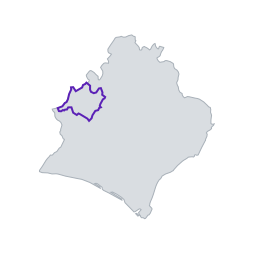 location of Dix-Huit Montagnes within Ivory Coast, rotated 35°
{"feature_id": "CIV-3441", "entity_name": "Dix-Huit Montagnes", "entity_type": "Department", "adm_level": 1, "iso_a3": "CIV", "parent_name": "Ivory Coast", "parent_adm1": "", "projection": "robinson", "projection_center": [-7.745, 7.377], "detail": "coarse", "context": "in_parent", "style": "outline", "palette": "violet", "viewbox_px": 256, "rotation_deg": 35, "n_neighbors": 0, "source": "natural_earth", "source_scale": "10m", "svg_char_len": 4032}
<svg xmlns="http://www.w3.org/2000/svg" viewBox="0 0 256 256"><g transform="rotate(35 128 128)"><path d="M69.8,56.8L70.5,56.7L72.4,56.1L74.0,54.7L75.6,51.9L77.7,49.6L80.0,49.7L80.7,49.3L81.6,49.2L82.6,50.7L83.6,51.9L84.3,51.9L84.8,54.1L89.1,55.0L90.9,55.6L92.5,57.2L93.0,57.3L93.7,56.9L94.2,56.4L94.3,55.8L93.6,54.3L93.9,53.0L94.6,51.9L95.7,51.8L97.4,51.5L99.3,51.5L100.8,51.7L101.3,50.5L100.8,47.3L100.9,45.5L101.2,44.0L101.7,43.3L103.8,45.2L105.8,45.9L107.2,46.0L107.6,45.6L107.0,43.6L107.1,42.9L107.7,42.6L108.6,42.4L111.1,41.5L111.3,41.7L111.8,44.9L111.6,46.0L112.1,48.2L112.8,50.3L112.7,51.1L112.2,52.4L111.6,53.6L111.6,54.1L112.6,54.9L114.5,55.7L116.5,55.9L117.6,54.7L118.7,53.7L119.5,52.8L119.8,51.5L121.0,50.6L124.6,49.4L127.9,49.2L128.7,49.6L130.2,51.4L132.0,52.6L134.9,52.5L137.0,53.2L138.8,54.6L140.0,57.7L141.3,59.9L141.9,63.1L144.0,64.7L145.6,65.5L147.8,67.8L150.1,68.9L152.5,68.7L153.6,69.9L155.4,70.7L157.1,70.8L158.7,68.1L160.7,67.1L165.9,65.0L168.0,64.0L170.1,63.4L175.1,63.2L179.7,63.9L182.0,64.4L183.6,64.0L185.1,65.3L186.7,67.9L187.9,68.7L189.2,69.7L190.2,71.7L191.3,73.8L191.9,74.7L193.3,76.7L194.5,76.8L195.7,75.9L196.2,75.2L196.5,76.6L196.0,78.8L196.1,80.1L196.8,80.6L196.4,82.4L195.0,85.3L195.0,87.1L196.4,87.6L197.4,89.5L198.0,92.7L198.6,93.7L198.6,94.4L199.6,102.1L200.9,109.8L200.1,110.8L199.0,111.1L198.3,111.4L198.1,112.2L198.6,113.2L198.3,114.2L197.0,114.8L194.1,117.3L193.9,118.3L193.1,120.4L192.5,121.6L191.6,124.0L190.1,130.3L189.5,135.4L189.5,137.0L188.9,138.1L188.2,139.8L185.1,144.2L183.5,147.8L183.7,149.4L183.8,151.0L183.3,152.1L183.4,155.2L183.8,157.8L184.4,160.3L186.7,167.4L187.9,171.7L188.6,175.2L189.3,177.6L189.9,178.5L190.1,179.4L193.5,180.1L194.2,180.6L195.1,185.1L195.0,187.2L194.3,188.0L194.3,189.7L194.2,191.9L193.7,192.7L191.8,192.8L190.5,193.7L188.8,193.3L188.7,192.8L187.7,192.6L185.2,191.4L185.6,187.4L184.5,187.3L183.6,187.8L181.8,192.5L181.0,193.3L168.4,190.9L165.7,188.9L162.5,188.5L156.8,188.7L152.1,189.3L150.8,190.5L162.6,189.8L163.8,189.9L164.4,190.6L149.5,192.2L143.8,193.1L142.1,192.9L140.8,191.4L134.6,191.2L133.4,191.7L132.6,192.8L135.0,192.5L138.9,192.5L139.9,193.3L127.9,194.5L119.5,196.6L116.0,198.2L104.3,203.3L97.2,205.8L95.4,206.7L92.1,209.2L88.0,210.8L83.3,213.8L80.5,214.5L79.8,213.5L79.8,208.5L79.4,201.7L79.5,199.1L79.9,196.7L79.9,194.7L81.3,193.9L81.7,193.1L81.9,190.5L83.2,188.1L83.2,183.9L83.6,183.0L83.9,181.9L83.4,179.2L82.6,174.0L82.3,173.7L81.9,173.9L81.2,174.0L78.3,172.2L76.0,171.9L74.4,170.4L74.3,168.7L73.6,167.7L73.0,165.7L72.2,163.4L70.0,162.0L67.9,161.6L66.4,161.9L64.7,161.8L62.7,161.1L61.3,160.2L60.0,158.5L58.8,157.2L57.8,157.4L56.7,157.0L55.5,156.4L55.1,156.0L60.0,150.6L61.6,148.0L61.8,146.4L61.8,144.8L62.3,143.1L62.5,140.6L59.8,131.4L59.1,128.6L58.4,127.7L58.0,127.4L59.3,126.3L61.2,126.6L64.0,127.5L64.7,126.6L66.8,121.9L66.8,120.2L66.5,119.0L67.8,115.9L68.8,114.6L69.3,113.3L69.2,111.5L68.4,110.8L67.4,111.0L66.2,110.5L64.4,109.5L63.5,108.6L63.7,104.4L63.9,103.1L64.6,102.3L65.6,102.1L68.4,102.0L70.7,102.5L72.7,102.8L73.8,102.8L74.7,104.0L75.8,105.3L76.8,105.3L77.2,104.3L77.0,100.2L76.3,98.0L74.7,95.9L70.8,94.1L70.7,91.6L71.1,88.9L71.9,87.8L74.9,86.1L74.4,85.2L73.4,84.2L71.5,83.2L72.0,79.9L72.1,77.0L70.5,77.3L68.8,77.5L67.5,76.6L66.3,74.9L66.1,70.0L66.1,64.4L65.9,61.9L66.3,60.6L67.7,59.3L69.3,57.8L69.8,56.8ZM187.2,193.4L186.6,194.5L183.4,193.8L184.1,192.9L187.2,193.4Z" fill="#d9dde1" stroke="#a8b0b8" stroke-width="1"/><path d="M67.9,114.7L72.7,115.1L74.9,118.3L76.9,119.6L80.0,119.1L81.6,117.1L81.5,112.3L82.9,110.9L86.7,113.5L87.8,115.6L91.5,115.7L91.8,117.1L91.0,118.9L91.6,124.2L92.2,126.1L93.9,126.6L92.9,128.0L93.3,130.5L91.4,132.7L91.6,138.0L92.6,140.9L92.0,144.5L89.4,143.6L80.6,144.2L79.1,144.5L78.6,146.7L74.3,146.9L69.8,143.5L67.2,145.4L67.4,147.9L65.9,149.0L65.6,150.3L64.4,150.6L63.6,152.7L61.7,153.8L59.0,152.0L61.8,147.9L61.9,143.7L62.8,142.1L62.3,138.9L60.3,134.0L59.4,129.0L58.0,127.4L59.7,126.0L64.1,127.8L67.2,121.1L66.5,118.6L67.7,116.6L67.9,114.7Z" fill="none" stroke="#5b21b6" stroke-width="2"/></g></svg>